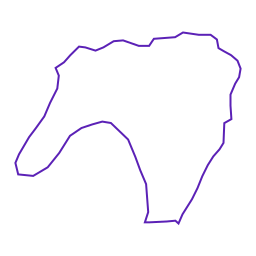 the district of Uddevalla, Västra Götaland, Sweden
{"feature_id": "70781695B49447773116889", "entity_name": "Uddevalla", "entity_type": "district", "adm_level": 2, "iso_a3": "SWE", "parent_name": "Sweden", "parent_adm1": "Västra Götaland", "projection": "orthographic", "projection_center": [11.898, 58.309], "detail": "fine", "context": "isolated", "style": "outline", "palette": "violet", "viewbox_px": 256, "rotation_deg": 0, "n_neighbors": 0, "source": "geoboundaries", "source_scale": "gbopen_adm2", "svg_char_len": 869}
<svg xmlns="http://www.w3.org/2000/svg" viewBox="0 0 256 256"><path d="M178.5,223.5L182.5,214.3L192.0,199.2L197.5,188.1L202.3,176.2L207.8,165.1L213.3,156.4L219.6,149.2L223.5,142.9L224.3,123.1L231.4,119.1L230.5,105.7L230.5,94.6L235.2,83.6L239.1,77.2L240.6,68.6L237.5,60.7L231.1,55.2L224.0,51.3L218.5,48.1L216.9,39.5L214.0,37.3L210.6,34.8L198.8,34.8L183.0,32.5L175.1,37.2L153.9,38.8L151.9,41.7L149.1,45.9L138.9,45.9L123.1,40.4L113.7,41.2L103.4,47.4L95.5,50.6L85.3,47.4L79.0,46.6L70.3,55.2L64.0,62.3L55.6,67.9L58.8,75.6L57.3,88.5L50.1,102.8L44.3,116.4L35.6,128.5L29.1,137.1L19.0,154.3L15.4,162.9L18.2,174.4L33.2,175.9L47.7,167.3L59.2,153.0L70.0,135.8L81.5,128.0L92.3,124.4L102.3,121.6L110.9,123.0L128.1,139.5L135.3,156.8L140.3,170.4L146.1,184.1L148.2,212.1L144.9,222.3L150.0,222.3L166.6,221.5L175.4,220.7L178.5,223.5Z" fill="none" stroke="#5b21b6" stroke-width="2"/></svg>